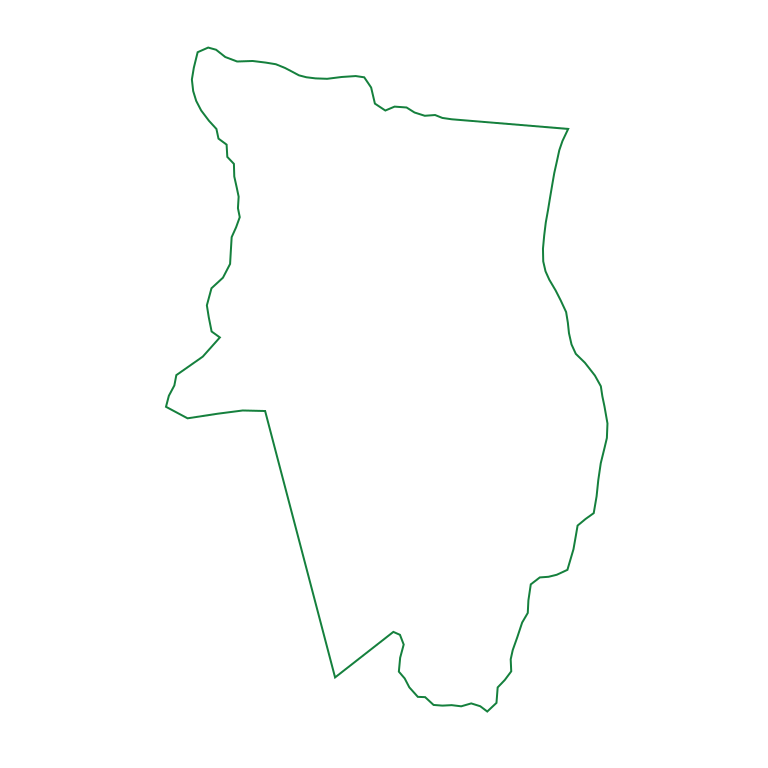 outline of São Francisco do Conde, Bahia, Brazil, rotated 187°
{"feature_id": "56859067B62288498634856", "entity_name": "São Francisco do Conde", "entity_type": "district", "adm_level": 2, "iso_a3": "BRA", "parent_name": "Brazil", "parent_adm1": "Bahia", "projection": "equal_earth", "projection_center": [-38.631, -12.644], "detail": "fine", "context": "isolated", "style": "outline", "palette": "green", "viewbox_px": 768, "rotation_deg": 187, "n_neighbors": 0, "source": "geoboundaries", "source_scale": "gbopen_adm2", "svg_char_len": 1736}
<svg xmlns="http://www.w3.org/2000/svg" viewBox="0 0 768 768"><g transform="rotate(187 384 384)"><path d="M545.6,334.2L521.0,340.5L498.7,342.7L482.2,301.2L396.8,86.8L344.5,139.1L337.6,137.0L332.7,127.8L334.6,114.3L334.2,100.3L327.6,94.3L321.9,86.0L312.3,77.6L305.0,78.2L295.7,71.5L286.8,71.9L277.7,73.5L268.1,73.5L258.5,77.6L249.2,75.9L241.6,71.5L233.5,81.2L234.2,96.7L228.0,105.0L222.7,114.3L224.7,126.2L223.8,135.6L220.8,149.1L217.8,164.1L213.4,174.3L214.3,186.8L213.9,203.0L205.8,211.0L197.2,212.7L189.3,215.7L179.3,221.9L175.8,243.1L175.1,256.6L174.6,267.1L167.3,274.8L160.1,281.4L159.3,298.5L159.6,314.7L159.2,331.8L157.3,347.7L156.2,357.6L157.4,372.1L162.4,388.5L165.8,398.5L168.5,408.2L175.7,418.1L187.2,429.6L197.3,437.3L202.7,446.1L206.6,457.0L209.0,467.3L212.0,477.6L218.8,488.5L225.0,497.7L232.6,507.6L237.4,515.5L240.9,525.1L242.7,537.6L243.1,551.0L243.1,564.1L242.4,576.6L241.9,589.3L241.2,604.4L240.7,614.2L239.5,626.5L238.5,637.4L236.5,646.9L232.3,659.6L349.2,655.0L358.5,655.2L366.1,657.2L376.2,655.2L386.8,657.2L395.3,661.2L407.3,660.6L416.0,655.6L427.2,661.2L432.9,676.7L441.0,686.0L449.6,686.2L463.3,683.6L477.6,680.0L489.1,679.0L498.4,679.0L506.0,680.0L520.7,685.6L530.3,688.2L540.6,688.6L553.7,688.6L569.1,686.2L581.4,689.2L591.4,695.3L599.5,696.5L609.4,690.6L611.3,674.7L611.8,662.8L609.1,651.5L604.9,642.1L598.8,633.2L589.8,623.9L581.4,616.7L578.2,607.4L569.4,602.4L567.2,590.3L559.8,584.2L557.9,571.7L554.1,561.0L551.1,552.2L550.4,540.7L547.5,532.0L549.9,521.5L553.1,511.2L552.2,496.7L551.4,484.4L556.8,469.9L566.9,458.0L569.4,440.5L566.1,429.0L561.5,415.1L552.6,410.2L567.2,389.1L591.2,367.5L591.9,357.0L596.1,346.1L597.6,334.8L574.8,326.0L545.6,334.2Z" fill="none" stroke="#15803d" stroke-width="2"/></g></svg>